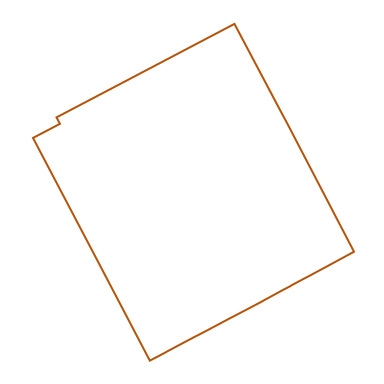 Crawford, Kansas, United States of America, rotated 62°
{"feature_id": "52423323B52465709163567", "entity_name": "Crawford", "entity_type": "district", "adm_level": 2, "iso_a3": "USA", "parent_name": "United States of America", "parent_adm1": "Kansas", "projection": "albers", "projection_center": [-94.703, 37.507], "detail": "fine", "context": "isolated", "style": "outline", "palette": "amber", "viewbox_px": 384, "rotation_deg": 62, "n_neighbors": 0, "source": "geoboundaries", "source_scale": "gbopen_adm2", "svg_char_len": 550}
<svg xmlns="http://www.w3.org/2000/svg" viewBox="0 0 384 384"><g transform="rotate(62 192 192)"><path d="M62.5,276.6L69.8,276.6L69.6,307.0L209.4,307.7L321.1,308.4L321.2,290.6L321.1,288.3L321.1,288.2L321.1,268.3L321.1,258.3L321.3,248.2L321.3,238.3L321.3,227.9L321.3,224.1L321.3,220.7L321.3,217.7L321.4,207.9L321.5,181.8L321.4,177.5L321.2,159.7L321.2,157.0L321.3,150.3L321.1,147.2L321.1,120.9L321.1,120.3L321.0,101.8L320.9,90.5L320.9,90.4L320.8,77.0L173.3,75.7L162.9,75.8L63.5,75.6L62.5,276.6Z" fill="none" stroke="#b45309" stroke-width="2"/></g></svg>